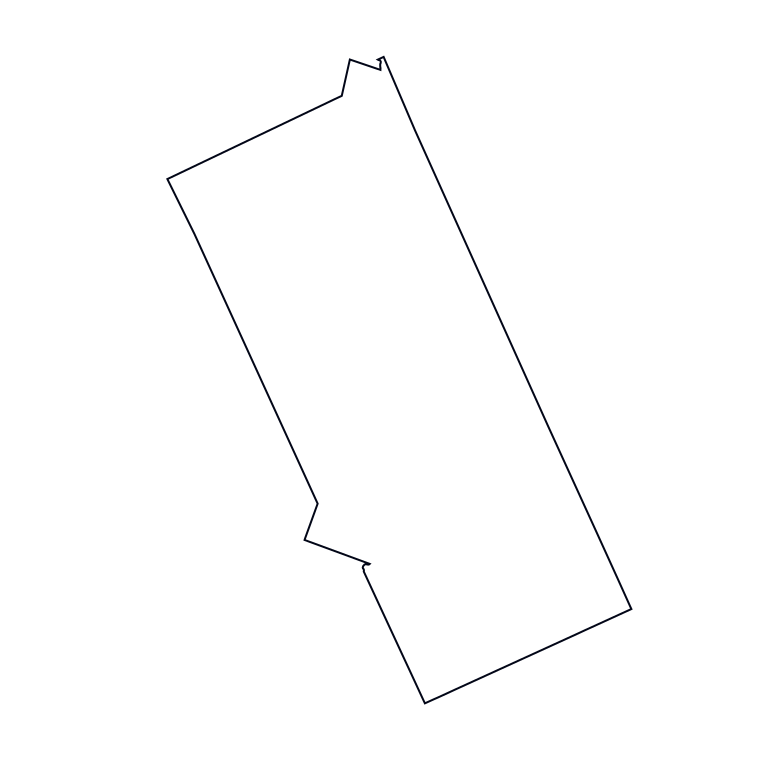 Conesa, Río Negro, Argentina (orthographic projection), rotated 65°
{"feature_id": "61730980B12252554718289", "entity_name": "Conesa", "entity_type": "district", "adm_level": 2, "iso_a3": "ARG", "parent_name": "Argentina", "parent_adm1": "Río Negro", "projection": "orthographic", "projection_center": [-64.29, -40.178], "detail": "fine", "context": "isolated", "style": "outline", "palette": "ink", "viewbox_px": 768, "rotation_deg": 65, "n_neighbors": 0, "source": "geoboundaries", "source_scale": "gbopen_adm2", "svg_char_len": 1169}
<svg xmlns="http://www.w3.org/2000/svg" viewBox="0 0 768 768"><g transform="rotate(65 384 384)"><path d="M692.5,254.9L692.1,254.9L690.2,254.9L660.0,254.5L607.5,254.0L491.9,253.1L167.2,248.7L87.4,246.1L87.4,252.5L88.1,252.0L88.3,251.7L88.6,251.2L88.9,251.0L89.4,250.8L89.7,250.7L90.1,250.7L90.5,250.7L90.9,250.9L91.2,251.1L91.6,251.3L92.1,251.8L92.4,252.2L92.8,252.4L93.1,252.5L93.6,252.8L94.2,253.0L94.5,253.1L95.0,253.4L95.3,253.5L95.7,253.5L96.2,253.7L96.7,253.9L97.4,254.3L97.8,254.5L75.5,277.8L105.0,300.5L105.0,308.4L106.7,493.7L107.9,493.7L167.9,492.4L297.4,493.4L464.4,494.7L491.1,521.3L491.8,521.9L541.0,473.0L541.2,473.6L541.2,473.9L541.1,474.4L540.9,474.9L540.6,475.2L540.3,475.7L540.1,476.0L539.8,476.4L539.6,476.9L539.5,477.3L539.4,477.7L539.4,478.1L539.8,478.8L540.1,479.6L540.5,480.1L541.0,480.5L541.3,480.8L541.7,480.9L542.3,481.0L542.8,480.8L543.5,480.7L543.9,480.8L544.5,481.0L545.0,481.3L545.2,481.5L545.6,481.6L546.2,481.6L546.6,481.6L548.3,481.6L591.5,481.7L642.0,481.8L654.1,481.8L688.5,481.9L690.7,481.9L690.8,471.9L690.9,467.9L691.0,452.4L691.0,448.9L692.1,312.4L692.1,305.9L692.5,254.9Z" fill="none" stroke="#020617" stroke-width="2"/></g></svg>